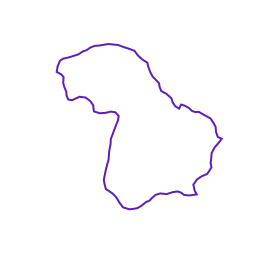 Engenheiro Coelho, São Paulo, Brazil, rotated 222°
{"feature_id": "56859067B14377814131316", "entity_name": "Engenheiro Coelho", "entity_type": "district", "adm_level": 2, "iso_a3": "BRA", "parent_name": "Brazil", "parent_adm1": "São Paulo", "projection": "robinson", "projection_center": [-47.172, -22.479], "detail": "fine", "context": "isolated", "style": "outline", "palette": "violet", "viewbox_px": 256, "rotation_deg": 222, "n_neighbors": 0, "source": "geoboundaries", "source_scale": "gbopen_adm2", "svg_char_len": 1458}
<svg xmlns="http://www.w3.org/2000/svg" viewBox="0 0 256 256"><g transform="rotate(222 128 128)"><path d="M32.5,124.7L36.3,125.9L41.5,129.6L42.3,135.7L41.0,141.2L38.4,146.9L39.6,154.5L43.4,157.5L45.8,161.1L49.1,165.4L50.6,171.5L50.7,177.7L51.1,182.8L55.2,181.4L60.0,184.0L63.7,187.5L67.6,188.9L73.1,190.3L78.9,188.9L82.2,188.2L86.3,187.3L88.7,184.8L91.9,183.5L96.1,183.6L100.7,182.6L104.2,181.0L103.0,176.6L107.4,175.8L112.1,177.0L115.5,179.1L122.3,179.1L128.0,177.7L131.9,179.6L134.8,182.0L138.4,182.3L144.0,182.7L148.8,184.4L154.4,187.4L157.4,189.5L163.0,188.5L169.2,188.5L174.8,189.7L180.5,187.5L185.4,185.2L190.9,183.1L194.9,180.1L198.6,177.5L201.6,173.8L204.4,170.2L207.8,166.7L209.9,162.4L210.8,158.1L212.7,155.0L214.1,149.7L217.3,144.1L219.8,140.0L222.7,136.0L223.5,132.4L221.5,126.7L218.5,122.0L213.2,123.2L209.9,122.7L206.3,118.1L202.7,115.8L198.2,113.7L195.3,111.0L191.4,109.2L188.2,111.2L184.9,118.8L180.0,122.2L174.1,122.8L169.1,121.6L164.5,117.5L158.8,120.1L154.6,124.5L151.8,128.6L147.9,131.2L142.9,130.6L140.5,126.9L138.6,121.6L136.3,115.8L134.8,112.0L133.3,108.1L130.4,104.7L128.5,101.5L126.3,98.0L121.2,91.4L117.9,84.7L115.5,80.4L111.3,73.3L107.0,70.0L103.5,67.8L100.3,68.4L95.4,69.0L90.4,68.6L83.6,66.6L78.7,65.7L72.7,68.4L69.8,71.6L67.4,74.7L66.0,79.1L65.1,84.9L63.4,88.4L63.4,92.4L62.7,96.8L60.2,101.0L55.2,104.6L51.7,110.4L48.7,114.0L45.6,115.4L41.4,115.8L37.0,119.2L32.5,124.7Z" fill="none" stroke="#5b21b6" stroke-width="2"/></g></svg>